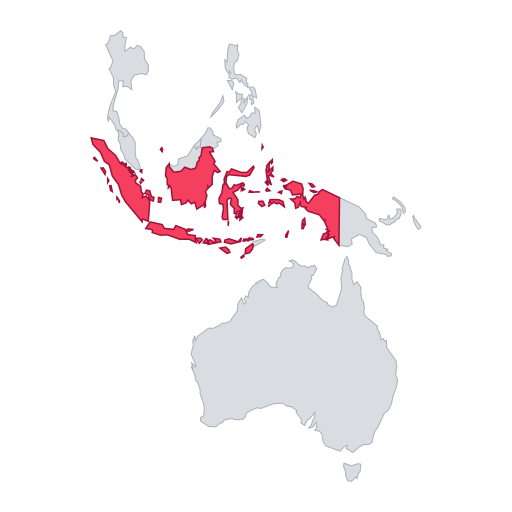 Indonesia shown with its bordering countries
{"feature_id": "IDN", "entity_name": "Indonesia", "entity_type": "country or territory", "adm_level": 0, "iso_a3": "IDN", "parent_name": "Asia", "parent_adm1": "", "projection": "equal_earth", "projection_center": [119.503, -2.501], "detail": "fine", "context": "with_neighbors", "style": "filled", "palette": "rose", "viewbox_px": 512, "rotation_deg": 0, "n_neighbors": 7, "source": "natural_earth", "source_scale": "50m", "svg_char_len": 12115}
<svg xmlns="http://www.w3.org/2000/svg" viewBox="0 0 512 512"><path d="M339.7,197.6L359.1,206.9L365.8,214.3L366.5,218.6L375.5,223.1L376.7,227.0L371.7,227.8L372.8,232.6L377.5,237.4L380.8,245.1L383.9,244.9L383.6,248.1L387.8,249.3L386.1,250.7L391.7,253.8L391.0,255.9L387.5,256.4L386.2,254.5L376.2,252.6L369.2,243.9L366.5,237.6L359.5,234.4L351.5,238.9L352.1,244.2L347.8,246.7L339.2,245.2L339.7,197.6ZM400.7,202.3L404.9,207.7L405.5,211.5L403.7,213.5L401.6,206.3L396.1,200.8L392.2,198.7L393.7,196.9L400.7,202.3ZM395.3,221.3L389.5,224.8L386.6,224.8L379.2,220.6L379.6,218.4L384.5,219.5L387.5,218.9L388.3,215.4L389.1,215.2L389.6,219.1L392.7,218.5L397.3,213.4L396.8,209.1L400.1,209.0L401.1,210.2L401.0,214.2L399.1,218.7L396.2,219.3L395.3,221.3ZM414.2,217.7L420.8,226.4L420.0,228.5L418.4,229.2L416.2,226.4L413.9,221.8L412.8,216.2L413.6,215.5L414.2,217.7Z" fill="#d9dde1" stroke="#a8b0b8" stroke-width="1"/><path d="M252.4,243.6L253.1,241.9L257.7,240.2L263.2,239.1L265.2,240.0L253.1,247.2L252.4,243.6Z" fill="#d9dde1" stroke="#a8b0b8" stroke-width="1"/><path d="M146.4,74.6L141.4,73.6L134.4,75.0L130.8,81.0L131.9,89.7L127.2,86.4L122.6,86.5L123.5,80.8L118.8,80.9L118.1,88.8L113.1,105.8L113.3,111.1L116.8,111.3L118.9,117.9L119.8,124.3L122.7,128.4L126.0,129.3L128.8,133.1L127.0,136.1L123.4,136.9L123.0,133.2L118.6,130.0L117.6,131.3L115.5,128.5L114.7,124.9L109.3,117.3L108.3,121.6L107.4,117.5L109.8,106.0L115.7,91.8L113.8,85.2L113.5,77.8L109.0,68.5L110.8,67.2L113.0,60.9L105.6,44.7L107.9,43.4L110.6,35.7L114.4,35.4L120.7,30.7L122.9,32.9L123.0,37.2L126.5,37.5L125.0,45.0L124.8,51.4L130.6,47.1L132.1,48.4L135.3,48.2L136.4,45.7L140.4,46.2L144.3,52.0L144.4,59.0L148.6,65.3L148.2,71.4L146.4,74.6Z" fill="#d9dde1" stroke="#a8b0b8" stroke-width="1"/><path d="M358.0,463.7L360.8,464.2L360.1,471.6L358.1,473.7L356.9,478.7L355.5,477.0L351.6,481.3L347.8,480.8L345.6,475.5L345.5,471.4L343.5,466.0L344.0,463.1L351.4,465.8L358.0,463.7ZM256.3,407.9L246.5,412.8L245.5,416.3L243.6,419.0L236.2,419.8L231.9,418.6L224.8,419.6L221.9,423.1L220.4,422.8L215.6,426.8L208.6,426.5L200.6,421.1L200.6,417.3L203.1,416.4L203.9,414.8L204.3,407.8L203.6,403.8L200.0,393.2L200.1,389.3L197.9,382.9L195.6,380.1L194.8,374.8L191.0,366.3L193.3,369.3L191.5,362.9L194.1,364.9L195.7,367.6L195.5,364.1L191.1,354.3L193.3,345.1L192.7,341.0L194.8,335.9L195.2,341.3L197.4,336.4L208.2,328.5L210.6,327.9L212.0,328.8L219.4,325.4L221.6,323.2L224.5,323.3L230.0,321.3L237.4,310.7L237.8,304.0L241.6,297.9L243.8,304.1L246.1,302.6L244.2,299.2L245.9,295.8L248.2,297.3L248.9,291.9L253.2,285.5L255.9,284.3L256.0,282.3L258.3,283.1L258.5,281.3L263.4,279.3L267.3,282.6L270.3,286.8L277.0,287.6L275.9,283.6L278.6,277.8L281.0,276.0L280.2,274.1L282.6,270.0L285.9,267.5L288.7,268.3L293.2,267.0L293.2,263.3L289.3,260.9L292.1,259.8L295.7,261.6L298.5,264.6L303.0,266.4L304.5,265.7L307.8,267.9L311.0,265.9L313.0,266.5L314.3,265.1L316.7,268.7L313.1,275.5L311.2,275.7L311.8,278.6L308.1,285.7L308.4,287.8L316.6,294.0L323.0,300.8L327.2,302.6L327.9,304.8L332.9,307.2L336.5,304.8L338.9,297.8L341.6,288.1L340.9,278.4L341.8,273.0L342.9,271.5L342.1,269.1L344.9,259.2L347.0,256.5L348.4,260.0L348.6,264.6L349.9,265.5L350.1,268.5L351.9,272.2L351.9,278.9L353.6,284.5L357.1,281.8L361.2,287.7L360.6,290.9L361.4,297.0L362.1,300.6L363.4,301.5L364.5,307.6L363.8,311.3L365.2,316.1L377.6,326.3L376.8,328.0L379.5,332.4L381.0,340.0L383.2,338.5L385.1,341.5L386.5,340.5L386.8,347.9L395.9,360.5L396.8,366.0L395.7,374.2L397.6,380.1L396.6,386.1L393.3,395.3L391.4,404.0L388.4,410.1L384.3,413.4L377.6,427.5L375.2,430.8L373.4,435.6L372.1,442.2L369.0,444.4L363.5,444.6L358.7,447.3L352.9,452.5L346.3,448.6L347.5,445.2L344.7,446.4L339.9,451.1L326.0,446.0L323.2,442.0L321.8,433.8L319.6,431.2L314.9,430.4L316.8,427.2L316.0,422.3L313.2,426.9L308.7,428.1L311.6,424.4L312.6,420.6L314.7,417.4L314.7,412.5L310.2,418.1L307.0,420.4L304.7,425.6L301.0,422.9L301.4,419.4L296.0,412.1L297.1,410.6L290.8,406.5L287.3,406.3L282.6,403.1L273.5,403.7L261.1,408.3L256.3,407.9Z" fill="#d9dde1" stroke="#a8b0b8" stroke-width="1"/><path d="M232.3,89.6L227.3,80.4L231.9,80.7L233.8,83.3L232.3,89.6ZM238.4,107.6L240.9,103.6L241.4,99.1L244.4,98.7L243.6,103.6L247.5,96.6L247.0,103.5L241.8,112.7L238.4,107.6ZM259.2,110.7L261.0,126.0L259.2,132.7L257.2,125.2L254.6,128.9L256.4,134.3L254.9,137.7L248.5,133.5L246.9,128.2L248.6,124.8L245.1,121.3L243.4,124.3L240.9,124.1L236.9,128.1L236.0,126.0L238.1,119.8L244.4,115.1L246.4,118.3L250.5,116.4L251.3,113.1L255.1,112.9L254.8,107.3L259.2,110.7ZM217.5,110.5L210.3,117.4L213.0,112.3L220.1,102.8L222.9,95.6L223.9,101.5L217.5,110.5ZM237.9,46.3L237.1,49.3L238.9,54.4L237.5,60.3L234.4,62.7L233.6,68.5L234.8,74.2L237.6,75.0L240.0,74.2L246.7,78.2L246.2,82.1L248.0,83.8L247.5,87.2L243.3,83.6L241.3,79.8L239.9,82.5L236.5,78.1L231.6,79.2L228.9,77.6L229.2,74.6L230.9,72.8L229.3,71.1L228.6,73.7L225.9,69.6L225.1,66.5L224.9,59.6L227.1,62.0L227.6,50.8L229.3,44.3L232.5,44.3L235.8,46.3L237.4,44.5L237.9,46.3ZM236.5,95.3L235.7,91.8L238.9,94.1L242.4,94.1L242.3,97.1L236.4,102.3L236.5,95.3ZM255.2,89.9L256.7,98.0L252.6,96.0L254.0,102.9L251.5,104.6L251.2,99.5L249.6,99.1L248.7,94.7L251.9,95.3L251.8,92.5L248.5,87.0L253.6,87.2L255.2,89.9Z" fill="#d9dde1" stroke="#a8b0b8" stroke-width="1"/><path d="M117.6,131.3L118.6,130.0L123.0,133.2L123.4,136.9L127.0,136.1L128.8,133.1L133.2,138.2L135.4,143.1L135.1,151.3L136.0,158.2L137.9,160.2L140.0,166.6L139.9,169.1L136.0,169.6L124.5,158.4L123.9,154.6L120.8,149.8L120.1,143.7L118.1,139.7L118.8,134.4L117.6,131.3ZM214.1,148.3L203.1,147.1L201.2,155.4L199.1,157.9L196.4,168.1L191.9,169.7L186.8,167.6L184.2,168.3L181.0,172.0L177.5,171.4L174.0,172.9L170.3,168.8L169.4,163.9L173.4,166.4L177.6,165.0L178.7,158.8L187.5,155.9L194.1,145.5L196.6,149.3L197.7,146.8L200.3,147.0L200.9,138.7L205.1,133.6L207.8,127.9L210.0,127.9L212.8,131.6L213.1,134.8L221.1,139.0L220.8,141.9L217.1,142.2L218.1,145.8L214.1,148.3Z" fill="#d9dde1" stroke="#a8b0b8" stroke-width="1"/><path d="M200.9,138.7L200.3,147.0L197.7,146.8L196.6,149.3L194.1,145.5L200.9,138.7Z" fill="#d9dde1" stroke="#a8b0b8" stroke-width="1"/><path d="M169.2,163.7L169.4,166.8L174.0,172.3L181.1,171.2L184.7,167.2L190.9,169.5L195.8,168.0L197.3,162.1L199.4,160.1L199.1,157.4L200.9,156.4L202.1,147.9L209.8,146.8L212.4,148.1L213.5,151.6L209.6,152.1L215.1,161.6L213.6,163.7L220.1,171.4L217.6,172.6L214.2,170.5L212.1,176.9L212.3,184.2L208.8,187.6L207.9,186.2L207.9,188.3L205.3,191.7L206.9,195.4L205.3,201.5L204.2,203.1L203.6,204.9L196.8,209.1L194.9,202.3L191.4,203.9L187.7,200.1L186.2,202.9L181.4,204.6L180.5,199.7L172.6,200.3L171.1,187.9L170.1,186.0L167.2,184.5L167.2,178.4L165.5,176.0L166.2,167.6L169.2,163.7ZM91.2,137.9L103.8,140.5L107.8,148.6L115.5,155.3L119.7,162.6L121.7,164.3L121.4,162.2L122.6,162.1L124.9,166.2L127.9,168.0L129.9,172.4L133.3,174.3L130.7,177.0L135.0,174.8L136.8,176.5L137.4,178.2L135.5,180.0L135.6,182.8L140.6,186.2L141.4,191.9L143.2,193.9L142.2,197.6L146.2,196.0L149.8,201.3L148.3,221.2L142.3,219.0L142.1,221.8L125.5,201.8L121.7,195.1L118.5,184.6L112.3,176.0L109.3,164.9L104.4,161.3L100.5,152.4L93.0,144.5L91.2,137.9ZM339.5,197.7L338.9,245.2L333.8,238.5L334.4,236.5L327.8,238.8L328.9,234.1L327.1,231.6L327.7,231.3L328.8,231.4L329.4,231.2L326.3,229.3L327.8,228.8L324.3,221.1L325.0,220.1L323.7,220.4L319.4,214.8L308.1,211.2L305.3,208.5L306.4,207.4L301.5,206.5L299.9,204.1L300.8,201.0L298.4,207.1L295.7,208.3L294.8,202.7L290.6,199.0L294.7,199.0L297.3,196.4L300.0,197.8L301.2,194.0L292.5,195.0L290.4,190.0L285.4,189.0L286.8,184.9L293.0,181.2L301.6,184.0L303.1,188.6L302.7,195.5L304.1,199.3L305.1,197.2L306.5,202.1L308.4,203.3L314.7,195.2L318.4,194.0L318.7,192.1L322.4,189.5L339.5,197.7ZM254.0,167.6L249.7,175.1L246.0,176.4L228.7,174.7L226.6,176.6L225.9,182.7L229.2,188.6L231.8,188.4L234.2,184.7L236.3,185.4L242.8,182.8L244.3,184.3L243.9,185.9L241.4,185.2L237.8,190.0L233.0,192.3L238.0,199.9L237.8,205.1L241.0,208.3L241.2,210.7L237.1,211.8L236.6,214.0L234.2,213.4L234.4,208.6L230.4,204.4L231.3,198.7L229.1,198.1L227.0,200.2L227.9,219.5L223.2,219.6L222.1,217.5L223.5,208.1L222.7,204.3L219.4,203.5L219.0,198.5L221.9,192.7L222.9,185.2L224.0,183.6L224.7,184.9L224.1,179.2L227.1,171.5L228.9,172.3L231.5,168.9L241.0,172.4L247.0,172.4L253.4,166.2L254.0,167.6ZM150.1,221.9L162.3,224.6L164.2,228.3L173.7,229.4L175.9,225.6L185.2,229.3L187.8,234.6L195.3,235.6L195.2,240.0L196.3,242.7L189.1,239.2L179.7,239.3L167.6,234.9L160.2,235.1L152.2,232.5L152.6,230.2L150.8,229.3L145.7,228.6L150.1,221.9ZM267.6,172.4L272.8,167.1L272.9,170.5L270.5,173.2L274.0,177.0L269.0,175.1L268.5,176.4L271.4,185.1L267.4,180.4L266.0,170.2L267.1,165.1L269.3,162.5L269.1,168.8L267.6,172.4ZM278.6,199.6L283.0,201.5L284.3,206.8L279.1,202.9L277.0,203.9L273.7,202.3L271.8,203.8L269.8,201.7L268.5,204.2L270.1,199.6L278.6,199.6ZM240.6,241.5L231.2,243.9L224.5,242.2L224.9,240.1L228.9,238.8L238.1,241.7L241.4,237.8L240.6,241.5ZM213.4,238.2L219.8,239.2L220.9,241.9L208.2,244.4L208.5,241.0L210.2,239.8L214.6,242.4L216.0,241.4L213.4,238.2ZM252.2,243.9L253.4,244.7L252.4,249.2L249.5,252.7L245.2,253.9L245.6,248.8L252.2,243.9ZM149.7,190.8L151.5,196.6L154.0,197.4L153.2,201.1L149.5,199.3L148.3,194.6L144.8,193.5L146.6,190.1L149.7,190.8ZM325.8,239.1L321.0,239.9L323.5,233.9L327.2,232.6L328.4,234.9L325.8,239.1ZM225.6,247.1L228.6,249.6L229.9,252.4L226.9,253.4L219.9,248.1L225.6,247.1ZM262.9,201.2L264.8,205.2L261.9,206.6L258.5,203.6L258.7,201.3L262.9,201.2ZM200.9,238.2L202.3,240.0L199.3,243.3L195.6,238.3L200.9,238.2ZM207.8,239.5L207.1,243.5L203.2,242.8L206.1,238.6L207.8,239.5ZM161.6,198.3L160.7,202.2L158.3,202.1L158.6,197.4L161.6,198.3ZM304.6,218.3L305.3,224.6L303.9,224.9L302.3,222.9L302.6,220.4L304.6,218.3ZM193.5,229.5L188.4,231.4L186.2,230.3L188.0,228.9L193.5,229.5ZM242.3,210.7L241.7,216.2L242.9,217.6L239.9,220.0L241.1,212.4L242.3,210.7ZM103.2,167.9L105.6,171.5L105.0,174.5L101.0,168.1L103.2,167.9ZM112.3,191.6L110.5,190.4L109.7,185.7L111.1,185.6L112.3,191.6ZM286.9,237.1L285.7,237.1L285.9,234.8L288.6,230.6L286.9,237.1ZM284.4,178.6L287.2,180.7L283.3,179.2L284.8,181.1L284.0,181.8L281.2,180.1L284.4,178.6ZM249.6,190.7L254.5,192.3L249.1,192.2L249.6,190.7ZM239.9,217.2L238.0,217.5L238.4,213.5L240.2,212.4L239.9,217.2ZM309.2,183.4L312.0,183.9L314.6,186.6L312.1,187.2L309.2,183.4ZM262.4,234.7L260.6,236.7L256.9,237.0L257.9,234.6L262.4,234.7ZM304.4,225.7L303.2,228.7L301.9,228.6L302.1,223.9L304.4,225.7ZM269.9,190.7L266.7,191.2L265.8,190.2L267.2,188.3L269.9,190.7ZM309.7,190.2L313.6,190.7L317.4,191.8L313.8,192.5L309.7,190.2ZM241.4,187.2L244.7,189.2L242.8,190.4L242.7,188.1L241.3,190.2L241.4,187.2ZM271.5,163.6L270.2,161.8L272.3,159.6L272.4,162.3L271.5,163.6ZM250.3,238.1L252.9,238.4L253.3,239.5L249.3,240.1L250.3,238.1ZM281.9,191.0L281.3,193.6L278.5,192.3L279.9,191.5L281.9,191.0ZM205.6,206.1L204.2,207.9L205.3,202.4L205.6,206.1ZM266.7,180.9L268.4,184.5L267.8,185.1L265.3,182.3L266.7,180.9ZM97.7,161.3L94.1,159.1L93.7,157.9L94.6,157.4L97.7,161.3ZM162.1,151.6L160.4,149.4L161.8,147.7L162.6,149.4L162.1,151.6ZM285.4,188.2L284.2,187.8L283.6,185.6L285.6,185.3L285.4,188.2ZM133.2,172.3L130.4,172.3L130.5,170.6L133.2,172.3ZM126.2,163.4L126.2,165.5L125.0,165.9L124.6,163.8L126.2,163.4ZM246.8,239.1L244.8,241.2L243.0,240.9L243.9,239.1L246.8,239.1ZM241.5,258.2L240.9,257.2L243.7,255.1L244.0,256.4L241.5,258.2ZM255.6,191.8L260.0,191.9L254.9,192.1L255.6,191.8ZM141.8,169.7L141.7,172.5L140.0,171.2L140.6,169.9L141.8,169.7ZM169.8,186.2L168.3,187.9L168.4,185.8L169.8,186.2ZM119.4,200.6L119.5,203.0L118.0,199.0L119.4,200.6ZM141.6,178.5L144.1,180.7L141.0,180.0L141.6,178.5ZM236.7,218.4L235.4,217.1L236.0,215.7L236.7,216.3L236.7,218.4ZM108.9,180.5L107.7,182.5L107.7,178.6L108.9,180.5ZM130.1,171.3L129.3,170.7L129.1,168.4L130.2,169.6L130.1,171.3ZM263.2,147.2L262.0,148.8L262.3,145.3L263.2,147.2ZM248.5,238.6L248.0,241.0L246.8,240.4L248.5,238.6ZM130.3,167.5L130.5,168.8L127.9,166.8L130.3,167.5ZM140.0,182.0L141.8,182.0L140.6,183.4L140.0,182.0ZM134.1,172.2L131.6,170.9L131.7,170.1L133.2,170.8L134.1,172.2ZM243.0,207.9L242.3,209.5L241.7,208.1L243.0,207.9ZM270.8,204.3L268.9,206.2L268.6,205.7L270.8,204.3ZM327.8,239.9L326.1,239.8L326.0,239.3L327.3,238.3L327.8,239.9ZM228.6,222.3L228.2,225.9L228.2,220.8L228.6,222.3ZM118.0,198.2L117.0,199.2L116.8,197.1L118.0,198.2Z" fill="#f43f5e" stroke="#9f1239" stroke-width="1.5"/></svg>